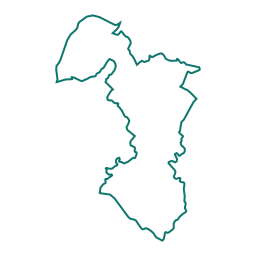 Trnavský, Mercator projection
{"feature_id": "SVK-1056", "entity_name": "Trnavský", "entity_type": "Region", "adm_level": 1, "iso_a3": "SVK", "parent_name": "Slovakia", "parent_adm1": "", "projection": "mercator", "projection_center": [17.553, 48.32], "detail": "fine", "context": "isolated", "style": "outline", "palette": "teal", "viewbox_px": 256, "rotation_deg": 0, "n_neighbors": 0, "source": "natural_earth", "source_scale": "10m", "svg_char_len": 5844}
<svg xmlns="http://www.w3.org/2000/svg" viewBox="0 0 256 256"><path d="M56.7,82.1L57.5,79.5L56.2,69.8L56.5,65.9L58.7,63.2L60.3,60.3L67.2,40.3L70.6,34.5L75.3,30.4L77.3,27.9L78.1,24.0L79.3,22.1L86.7,16.7L92.8,15.4L99.4,17.1L115.0,25.0L117.4,24.6L120.1,22.8L119.7,24.1L118.5,27.1L117.0,29.1L112.7,33.2L115.7,34.4L117.4,34.8L117.8,34.8L118.2,34.7L118.6,34.3L120.9,31.4L121.6,31.5L122.3,32.3L124.0,34.6L125.3,36.1L126.0,36.6L126.3,36.7L127.5,37.0L127.9,37.4L128.5,38.0L129.6,39.6L130.3,40.9L130.7,42.3L130.6,43.7L130.4,44.2L129.9,44.8L129.7,45.2L129.5,46.0L129.2,46.5L128.7,47.5L128.5,48.0L128.2,48.8L128.3,49.3L128.6,49.8L129.3,50.4L129.7,51.1L130.1,53.4L130.5,54.0L131.1,54.7L132.4,56.0L133.9,58.3L136.9,64.8L140.1,62.0L141.0,61.5L141.3,61.2L141.6,60.9L141.9,60.9L142.2,60.9L144.2,62.0L148.6,60.6L149.0,59.8L149.4,59.3L149.4,58.6L149.5,58.0L149.4,57.3L149.5,56.4L149.6,56.0L149.7,55.7L149.9,55.6L150.2,55.7L151.2,56.8L151.5,56.9L152.8,56.9L153.3,56.8L153.7,56.6L154.5,55.8L158.8,54.0L161.1,53.3L162.9,54.2L164.1,55.7L165.6,58.5L165.9,58.8L166.4,59.1L168.9,60.4L171.4,60.8L176.2,60.7L176.9,60.5L177.0,60.2L176.9,59.6L176.9,59.3L177.0,59.1L177.1,58.9L177.5,59.0L178.0,59.4L179.1,60.5L180.2,62.2L180.8,62.8L181.3,63.0L182.1,62.7L182.6,62.4L183.1,62.2L183.8,62.3L184.5,62.6L185.4,63.5L185.7,64.0L185.9,64.4L199.2,67.3L199.5,68.7L199.7,69.0L199.8,69.4L199.5,69.9L198.8,70.3L192.5,72.9L191.3,73.1L190.5,73.0L188.7,71.8L188.3,71.6L187.9,71.6L187.3,72.6L183.1,83.5L182.8,84.0L180.4,86.7L186.5,89.8L186.9,89.8L187.4,90.1L190.4,92.6L196.5,98.8L193.5,102.1L183.8,119.7L181.5,122.0L180.9,125.0L180.8,125.6L180.6,126.5L180.5,127.3L180.0,130.7L179.8,131.3L179.5,131.6L179.1,132.0L179.3,132.6L179.5,133.1L183.0,136.2L182.1,137.9L181.5,138.8L181.3,139.4L181.3,139.8L181.6,140.5L181.6,141.0L181.2,141.7L180.8,142.2L180.7,142.8L180.8,143.5L181.3,145.1L181.7,145.8L182.1,146.1L182.4,146.2L182.8,146.5L184.2,147.9L184.6,148.6L184.9,149.4L184.8,150.5L184.4,152.0L184.0,152.7L183.4,153.2L181.2,154.5L179.6,155.8L179.3,155.9L179.0,155.7L177.1,153.3L176.7,153.2L176.4,153.2L175.9,153.5L175.0,154.0L175.0,154.6L175.4,155.6L176.5,157.8L177.0,159.0L176.9,160.2L176.6,161.2L176.3,161.5L176.0,161.8L175.6,162.1L175.2,162.2L174.8,162.2L174.4,162.1L173.5,161.5L172.5,161.1L172.0,161.0L171.3,161.1L169.0,161.9L168.5,162.6L168.6,163.3L174.6,170.0L175.3,171.4L175.3,173.0L174.1,175.9L173.9,176.7L174.0,177.3L174.4,177.8L175.3,178.6L175.9,178.8L176.6,178.8L178.9,178.0L179.7,177.9L180.1,178.1L180.4,178.8L179.8,180.5L179.8,181.0L180.0,181.3L180.6,181.8L181.1,182.0L182.0,182.1L182.6,182.3L182.8,182.3L183.3,182.3L183.7,182.4L184.0,182.7L184.4,183.5L184.4,184.6L183.8,189.1L184.7,196.2L184.4,201.5L185.4,202.4L185.5,203.0L185.7,203.8L185.6,204.6L185.4,205.2L185.2,205.9L184.9,208.3L185.8,209.9L186.2,210.9L186.1,211.6L185.2,212.4L182.9,213.9L179.6,216.8L178.1,219.1L177.1,219.9L176.5,220.2L176.2,220.1L175.9,220.2L175.5,220.6L174.7,221.4L174.2,222.4L173.7,223.7L173.7,228.1L173.1,229.0L172.1,229.9L169.5,231.9L168.4,232.5L167.6,232.8L167.3,232.7L166.4,232.5L165.9,232.2L165.6,232.1L165.2,232.5L165.0,233.2L164.0,238.0L163.5,239.4L162.3,240.6L156.5,237.5L155.1,235.9L154.0,233.8L151.5,231.3L148.6,229.3L146.6,228.3L145.0,228.5L143.6,229.2L142.2,229.2L140.6,227.5L135.9,220.5L134.7,219.7L131.2,219.0L129.8,218.4L128.4,217.1L114.4,198.2L110.0,194.6L101.1,193.3L99.7,192.9L100.5,187.6L103.0,184.5L103.7,184.0L105.2,183.2L105.6,182.8L105.7,182.3L105.5,181.5L105.3,180.7L105.3,179.4L105.6,179.0L105.9,178.9L106.2,179.1L106.9,179.1L107.9,178.6L109.9,176.9L111.5,176.0L112.0,175.4L112.1,175.2L111.9,174.8L111.7,174.6L111.2,174.4L109.0,174.6L108.7,174.5L108.4,174.3L107.7,173.6L106.6,172.7L106.4,172.5L106.4,172.1L106.4,171.6L106.6,170.7L106.6,170.2L106.6,169.8L105.8,168.5L105.9,168.2L106.2,168.0L106.7,168.0L109.9,168.8L111.4,168.7L112.0,168.6L113.3,167.7L114.4,166.7L115.0,166.2L115.5,165.9L116.0,165.8L116.9,165.4L117.3,165.0L117.5,164.6L117.4,164.4L117.3,164.0L117.0,163.7L116.3,162.9L116.1,162.5L116.0,162.2L115.9,161.6L116.3,159.5L116.7,159.0L117.2,158.7L117.7,158.4L118.6,157.9L119.0,157.8L119.3,157.8L119.4,158.1L119.4,158.5L119.6,158.8L119.8,159.5L119.2,160.6L119.0,161.1L119.1,161.4L119.2,161.6L119.6,161.8L121.5,162.0L122.1,162.3L123.2,163.1L123.8,163.3L124.4,163.3L128.1,161.7L132.4,158.3L133.9,157.8L134.7,158.1L135.2,157.6L135.6,156.7L136.5,154.5L136.7,153.5L136.7,152.9L136.5,152.6L136.2,152.1L135.8,152.0L135.2,152.1L134.9,151.8L134.6,151.0L134.9,148.8L134.9,147.9L134.6,147.2L131.8,145.9L131.2,145.7L130.8,145.4L130.5,144.7L130.3,142.9L130.4,141.8L131.1,140.6L134.8,136.0L127.4,130.0L126.6,127.7L126.6,127.3L126.7,126.8L127.7,125.0L128.9,122.3L129.2,121.2L129.2,120.3L128.9,119.9L128.5,119.2L128.1,118.5L127.3,117.6L126.8,117.2L126.3,117.0L125.5,116.9L125.1,116.5L124.5,115.8L122.2,111.2L121.6,110.2L120.6,109.1L119.6,107.7L119.2,107.1L117.9,106.1L117.6,105.6L117.7,105.2L117.9,104.8L118.3,104.0L118.2,103.6L117.8,103.3L115.3,103.2L114.8,103.1L114.4,102.8L113.6,102.1L112.6,101.3L112.2,100.9L111.9,100.6L111.6,100.5L111.3,100.4L109.4,100.4L107.7,99.8L107.2,97.4L108.4,95.1L110.4,91.8L111.1,90.9L111.7,90.3L112.9,89.4L105.5,82.0L106.2,80.4L106.2,79.1L107.7,78.3L108.0,78.0L108.2,77.6L109.2,75.0L109.5,74.7L109.9,74.6L110.4,74.7L110.9,74.6L111.3,74.5L111.7,74.0L114.1,70.7L114.9,69.3L115.6,66.9L115.6,64.9L115.2,63.5L114.7,62.5L114.2,61.7L113.6,61.0L113.1,60.7L112.6,60.4L111.2,60.0L110.9,59.7L110.7,59.5L110.3,59.2L109.6,59.0L108.8,59.7L107.5,61.3L103.7,67.6L103.5,67.9L103.4,68.1L103.2,68.2L102.9,68.2L102.6,68.3L101.8,68.9L101.2,69.5L100.8,70.0L100.6,70.4L100.3,71.3L100.1,71.6L99.8,71.9L98.8,72.7L97.5,73.2L96.9,73.6L96.4,74.2L95.8,75.6L95.2,76.2L94.2,76.5L92.5,76.6L90.0,77.2L88.2,78.4L82.5,80.9L81.6,81.1L80.3,80.6L74.3,77.7L72.5,77.2L71.7,77.3L72.1,78.3L72.2,78.8L72.1,79.1L71.7,79.2L65.5,79.5L57.2,82.0L56.7,82.1Z" fill="none" stroke="#0f766e" stroke-width="2"/></svg>